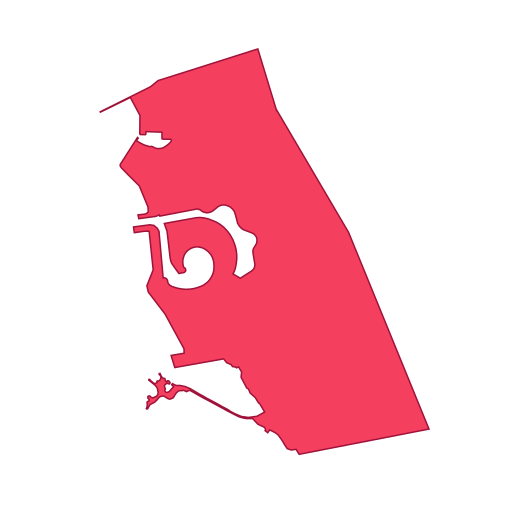 69, Al Daayen, Qatar, rotated 169°
{"feature_id": "91078587B70962484835494", "entity_name": "69", "entity_type": "district", "adm_level": 2, "iso_a3": "QAT", "parent_name": "Qatar", "parent_adm1": "Al Daayen", "projection": "robinson", "projection_center": [51.528, 25.422], "detail": "fine", "context": "isolated", "style": "filled", "palette": "rose", "viewbox_px": 512, "rotation_deg": 169, "n_neighbors": 0, "source": "geoboundaries", "source_scale": "gbopen_adm2", "svg_char_len": 5113}
<svg xmlns="http://www.w3.org/2000/svg" viewBox="0 0 512 512"><g transform="rotate(169 256 256)"><path d="M216.7,458.7L295.8,449.5L318.7,446.9L327.2,442.3L381.4,427.3L381.3,426.9L349.1,435.6L343.1,416.1L346.8,398.1L346.5,397.3L342.0,396.3L341.5,396.2L340.8,396.7L340.3,399.1L336.5,398.2L324.7,395.5L325.9,389.4L325.7,388.6L317.3,386.8L317.0,386.4L317.0,385.7L317.5,384.7L319.1,383.4L321.7,381.9L324.9,380.5L327.2,379.8L329.0,379.8L330.7,380.0L332.7,380.4L334.5,381.3L336.6,383.0L337.4,383.5L338.1,383.6L338.8,383.4L342.7,385.3L344.9,386.6L347.0,388.2L349.3,390.1L351.1,391.8L351.0,392.3L349.1,394.2L349.7,395.0L371.6,372.0L372.1,371.0L372.0,369.9L371.3,368.2L366.1,360.2L357.2,347.1L352.7,324.8L353.3,320.1L354.4,319.1L356.6,318.3L364.0,318.9L363.9,315.0L346.8,314.0L342.9,314.8L342.8,313.5L304.2,313.4L303.4,312.5L302.7,312.4L302.3,312.4L301.0,310.7L299.4,309.3L297.5,308.3L295.7,307.7L293.9,307.6L292.2,307.8L290.4,308.2L286.5,310.2L283.8,311.7L281.6,312.3L279.4,312.5L276.9,312.0L274.6,310.9L273.9,310.4L272.0,309.1L269.9,306.3L268.7,303.5L268.3,299.9L267.9,293.5L267.9,291.9L267.3,290.1L266.6,288.4L265.6,286.7L264.4,285.2L262.7,283.8L256.2,279.8L254.3,278.4L253.2,277.0L252.4,275.5L251.9,273.8L251.9,272.0L252.2,270.6L252.7,269.0L253.4,267.9L255.0,266.0L256.9,264.0L257.8,262.5L258.2,261.0L258.4,258.9L258.7,248.1L259.1,246.6L259.7,245.2L260.5,244.0L261.7,243.0L263.0,242.2L275.7,237.2L282.0,242.8L279.9,245.5L278.3,248.6L276.7,252.7L275.4,256.9L274.6,261.4L274.3,266.4L274.6,270.7L274.7,271.4L275.6,276.5L277.4,282.0L279.4,286.0L282.1,290.3L285.2,293.9L288.8,297.1L289.3,297.4L292.0,299.2L295.5,301.4L299.6,303.3L303.6,304.5L307.3,305.0L337.7,305.4L339.8,305.4L338.6,297.4L340.7,270.1L340.6,267.5L340.2,264.9L337.8,259.5L335.0,253.5L330.6,253.5L329.8,253.5L328.9,253.9L328.1,254.5L327.7,255.2L327.6,256.5L328.0,257.7L329.0,258.5L329.3,260.5L329.2,262.6L328.9,264.7L328.3,266.7L327.4,268.5L326.3,270.5L325.0,272.1L323.1,273.7L321.2,274.8L318.5,275.9L316.2,276.3L313.5,276.4L311.2,276.0L308.9,275.1L308.2,274.8L306.6,273.9L304.9,272.5L304.3,272.0L302.0,269.3L300.1,266.1L299.8,265.2L299.1,262.9L298.9,261.0L298.7,259.8L298.8,256.6L299.2,253.9L299.9,250.9L301.1,247.9L302.7,245.3L304.8,242.8L306.3,241.4L307.5,240.3L310.1,238.8L312.9,237.5L316.1,236.7L320.2,236.1L323.7,235.9L327.2,236.1L331.3,236.7L335.5,237.9L339.5,239.5L343.9,241.9L346.0,243.5L347.0,245.1L347.5,246.4L347.6,247.5L347.5,249.1L348.0,250.4L348.7,251.4L349.8,252.0L351.3,252.2L346.5,298.7L347.7,302.2L350.4,305.5L354.2,306.9L370.7,307.9L371.0,302.1L360.9,301.6L356.2,300.7L359.6,262.0L368.8,247.6L368.6,241.1L358.6,220.9L356.3,216.2L344.4,178.7L345.1,174.3L358.3,174.6L357.0,162.0L307.4,161.2L305.2,156.9L301.0,154.0L300.5,152.5L299.8,151.7L297.6,151.1L296.5,149.9L294.3,150.5L292.3,144.9L293.8,139.8L290.3,128.2L288.8,126.8L287.8,122.4L283.8,117.3L281.6,111.4L280.5,110.2L277.3,101.2L285.6,98.5L293.0,98.9L294.7,99.1L297.5,100.1L300.8,101.2L302.8,102.5L306.5,105.0L310.8,108.4L311.9,109.6L313.1,110.8L317.5,114.3L321.2,117.5L326.2,121.6L332.0,126.2L334.1,128.2L337.6,131.0L345.8,138.3L350.6,141.5L352.9,142.4L355.5,143.5L358.1,143.9L359.2,144.3L360.6,145.2L362.4,146.7L363.4,145.6L361.9,143.8L362.0,143.3L364.2,141.7L365.7,140.4L367.3,139.4L369.5,139.0L370.3,139.4L370.8,140.2L371.2,141.0L371.2,141.6L370.9,142.1L370.3,142.6L370.6,144.4L370.7,145.3L370.6,146.0L370.3,146.6L369.7,147.1L368.7,147.6L368.0,147.8L367.2,147.8L366.6,147.6L366.2,147.2L365.6,146.9L364.9,147.3L364.5,148.2L365.0,149.3L365.7,150.2L366.8,150.4L367.4,149.6L367.7,149.5L368.1,149.7L368.7,150.7L368.9,153.2L370.7,153.9L371.1,154.3L371.4,154.9L372.2,157.0L372.3,158.0L372.6,159.0L373.4,159.1L373.5,158.8L373.7,158.4L373.2,157.6L372.7,156.7L372.4,155.5L372.5,155.0L373.3,153.3L374.3,152.4L375.5,151.8L376.3,152.1L376.7,152.2L377.2,151.9L377.1,151.3L377.2,150.7L379.8,149.9L381.1,151.2L382.2,152.5L383.3,154.0L383.9,155.2L384.3,155.3L384.7,155.3L384.9,155.0L385.0,154.7L379.4,148.0L378.5,146.1L378.1,144.5L378.1,142.1L378.2,140.4L378.7,139.0L380.4,137.3L382.5,136.8L383.8,136.5L384.9,136.7L386.0,137.3L386.5,138.4L387.1,139.0L388.5,139.0L389.1,138.4L389.2,137.0L388.2,135.4L388.9,133.9L389.9,133.9L390.5,133.7L390.9,133.0L391.1,130.8L392.0,128.3L392.8,127.2L392.4,126.6L391.5,126.7L390.0,128.5L388.9,129.9L388.2,130.4L387.4,130.6L383.7,131.7L381.0,133.3L378.4,135.5L377.1,136.2L375.6,136.3L374.4,136.4L373.2,136.1L371.1,134.1L369.8,132.9L369.2,132.5L368.2,132.0L367.1,131.9L366.0,132.2L364.5,132.5L363.4,133.5L362.0,135.2L360.4,136.7L358.6,137.9L356.8,138.4L355.2,138.1L354.5,137.9L353.0,138.1L351.6,137.2L350.2,136.1L346.8,136.9L344.1,134.7L339.9,131.0L334.3,126.3L331.0,123.7L326.6,120.1L324.1,118.0L319.8,114.5L317.2,112.4L315.3,110.7L312.3,108.3L310.0,106.5L305.9,103.3L303.7,101.6L301.5,100.4L299.2,99.3L296.6,98.3L294.3,97.8L290.6,97.1L290.0,96.6L288.8,94.6L286.4,90.7L283.4,88.4L280.3,86.1L279.7,84.2L280.4,82.8L278.2,80.3L275.7,82.7L270.9,78.9L269.5,77.4L268.3,75.9L265.5,69.8L263.9,65.2L262.1,60.9L258.4,58.8L253.6,58.6L251.5,53.1L119.2,53.1L160.6,261.5L207.9,395.5L208.1,395.3L214.7,458.9L216.7,458.7Z" fill="#f43f5e" stroke="#9f1239" stroke-width="1.5"/></g></svg>